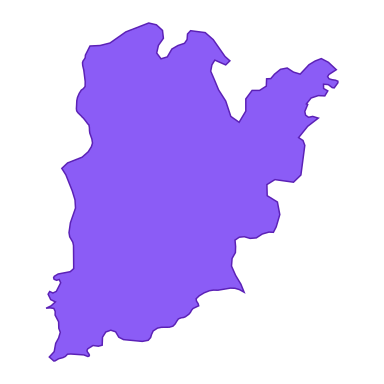 map outline of Bács-Kiskun (Natural Earth projection)
{"feature_id": "HUN-3161", "entity_name": "Bács-Kiskun", "entity_type": "County", "adm_level": 1, "iso_a3": "HUN", "parent_name": "Hungary", "parent_adm1": "", "projection": "natural_earth1", "projection_center": [19.36, 46.529], "detail": "fine", "context": "isolated", "style": "filled", "palette": "violet", "viewbox_px": 384, "rotation_deg": 0, "n_neighbors": 0, "source": "natural_earth", "source_scale": "10m", "svg_char_len": 2704}
<svg xmlns="http://www.w3.org/2000/svg" viewBox="0 0 384 384"><path d="M244.1,292.2L239.4,289.6L235.0,288.3L230.4,288.1L218.0,290.2L213.4,290.1L209.5,290.7L204.2,292.8L199.2,295.8L196.1,298.8L196.5,301.1L198.1,303.6L198.7,305.8L193.0,308.5L191.5,310.3L190.4,312.4L188.9,314.2L185.3,316.8L183.5,317.5L181.1,317.8L178.4,318.9L176.7,321.3L175.1,324.0L172.9,326.2L169.3,327.2L161.4,327.3L157.5,328.1L155.7,329.3L153.2,330.9L151.6,334.3L150.6,337.6L148.2,340.3L142.3,341.4L123.5,339.6L118.8,337.2L115.6,331.8L110.8,330.2L105.8,332.0L102.5,337.2L102.2,345.2L98.4,346.2L93.0,345.5L87.9,348.7L87.3,349.7L87.0,350.7L87.3,351.7L88.9,354.0L89.4,355.1L89.1,356.0L87.9,356.5L83.8,354.9L70.7,354.0L67.5,354.2L65.4,356.4L63.0,357.6L58.7,358.7L55.0,360.9L53.8,361.0L53.7,360.9L49.3,357.0L54.2,351.6L55.7,343.3L58.6,338.0L60.3,332.3L58.8,328.3L58.6,321.8L55.1,315.1L55.2,311.4L53.8,308.4L50.0,307.9L46.1,308.2L51.0,305.9L55.4,301.9L50.7,299.6L48.1,294.2L49.7,291.5L52.9,293.0L56.3,291.4L60.7,282.8L59.2,279.5L56.6,280.3L54.1,279.3L53.6,277.7L54.3,276.3L58.1,274.0L70.2,271.7L73.7,268.6L73.5,245.5L72.8,242.2L69.7,236.8L69.0,232.6L70.4,222.8L75.5,208.1L75.0,199.9L72.3,191.0L65.9,174.9L61.8,168.4L67.6,162.9L82.1,157.2L88.2,151.8L91.4,146.7L92.5,143.1L91.9,139.1L89.8,133.1L89.5,130.7L89.4,127.6L88.9,124.9L87.6,123.7L86.9,122.6L83.3,118.0L82.4,117.3L81.6,116.3L77.9,112.7L76.7,110.9L76.4,108.7L76.6,105.1L76.8,100.7L77.5,97.4L79.2,93.4L81.3,90.1L83.3,88.7L85.1,86.5L85.2,81.5L83.8,70.2L82.7,65.5L82.5,62.7L83.1,60.9L84.2,59.4L85.2,57.7L85.4,55.1L90.0,46.0L100.1,45.5L110.0,43.0L125.8,31.9L148.7,23.0L156.4,24.8L162.5,30.4L163.4,38.3L158.4,45.4L156.7,53.0L161.0,58.8L167.3,56.9L171.9,49.0L178.0,45.5L184.5,43.3L187.1,39.5L187.5,34.0L190.6,30.7L205.2,32.6L213.2,39.6L225.0,56.5L229.9,60.8L225.7,64.9L214.8,60.1L211.9,64.9L210.7,71.2L214.4,79.8L218.6,89.9L225.7,101.0L230.8,116.4L239.1,122.3L245.8,111.1L245.8,98.9L252.1,90.4L259.6,90.4L266.3,86.1L266.6,78.8L270.8,78.6L274.5,74.2L280.5,69.3L287.2,68.0L293.5,72.1L300.2,74.1L309.0,64.7L315.1,61.0L321.3,58.6L328.4,62.3L336.3,69.7L328.9,74.5L327.6,76.6L329.0,78.8L332.1,79.7L335.5,80.2L337.9,81.2L337.9,82.8L334.2,87.9L332.2,87.6L328.3,84.6L323.5,84.2L323.6,88.5L327.8,90.9L324.8,95.9L318.3,95.6L311.1,98.0L306.4,103.9L307.7,104.5L304.8,111.5L305.6,115.2L308.6,117.3L312.7,116.4L318.3,118.1L307.7,126.3L298.6,137.6L303.0,140.5L304.8,145.4L300.9,175.0L293.5,182.2L274.9,179.6L266.9,184.6L267.2,195.7L277.4,202.0L279.8,214.6L276.2,226.9L273.4,232.3L268.9,232.1L262.3,234.0L256.3,237.9L250.1,238.4L244.3,236.7L239.3,237.2L235.0,240.1L235.6,246.5L235.4,252.6L232.1,258.4L231.5,266.1L235.6,275.4L240.9,284.2L244.1,292.2Z" fill="#8b5cf6" stroke="#5b21b6" stroke-width="1.5"/></svg>